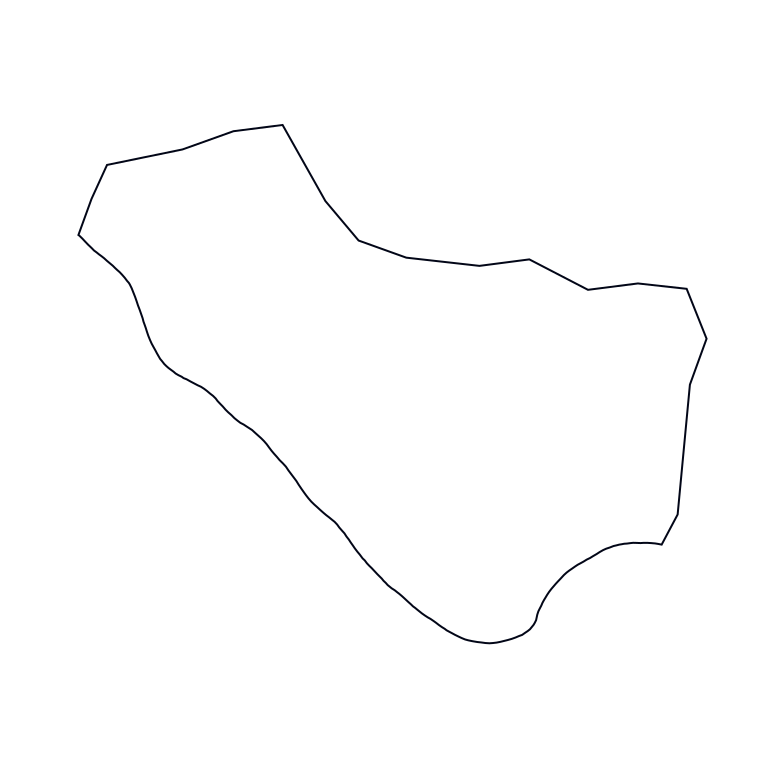 Sinuiju City, P'yŏngan-bukto, North Korea (Robinson projection), rotated 275°
{"feature_id": "82179303B65076017972610", "entity_name": "Sinuiju City", "entity_type": "district", "adm_level": 2, "iso_a3": "PRK", "parent_name": "North Korea", "parent_adm1": "P'yŏngan-bukto", "projection": "robinson", "projection_center": [124.379, 40.084], "detail": "fine", "context": "isolated", "style": "outline", "palette": "ink", "viewbox_px": 768, "rotation_deg": 275, "n_neighbors": 0, "source": "geoboundaries", "source_scale": "gbopen_adm2", "svg_char_len": 3175}
<svg xmlns="http://www.w3.org/2000/svg" viewBox="0 0 768 768"><g transform="rotate(275 384 384)"><path d="M633.2,260.4L622.7,212.0L600.1,162.8L589.1,125.9L578.1,89.0L542.9,76.5L505.8,66.6L505.2,67.6L502.6,70.8L499.8,73.9L496.9,77.2L495.9,78.5L493.8,81.1L491.7,83.5L490.0,86.3L488.3,88.8L486.8,91.3L484.9,94.2L482.6,97.2L480.5,100.2L478.2,103.5L476.1,106.0L474.3,108.3L472.4,110.9L469.9,113.7L467.2,116.5L464.4,119.0L462.5,121.0L461.0,122.1L457.4,124.3L453.2,126.4L449.0,128.5L445.0,130.3L440.8,132.1L436.5,134.2L432.5,136.0L428.5,137.8L425.1,139.0L421.9,140.5L418.8,141.9L415.6,143.2L411.5,145.0L407.4,147.1L404.0,149.0L400.4,151.4L397.6,153.3L394.8,155.1L392.2,156.9L389.5,158.8L387.4,160.9L384.9,163.2L382.9,165.6L381.2,167.9L379.6,170.5L377.9,173.3L376.3,175.5L374.9,178.4L373.6,181.8L372.4,183.8L371.5,186.9L369.6,191.1L368.1,194.7L366.5,198.5L365.3,201.9L363.5,205.3L361.6,208.3L359.4,211.4L357.3,214.7L354.9,217.6L352.5,219.7L350.1,222.4L347.7,225.2L344.6,228.4L342.2,231.3L339.8,234.6L337.0,237.9L334.7,241.3L332.8,244.3L331.4,247.7L329.5,251.2L328.5,253.1L326.7,256.5L324.1,259.9L321.7,263.1L319.3,266.3L316.7,269.4L313.8,272.4L310.7,275.1L307.7,277.8L305.1,280.4L302.2,283.5L299.0,286.7L296.3,290.0L293.1,293.5L289.5,296.4L285.7,299.8L282.6,302.6L279.8,305.1L276.2,307.8L272.5,310.8L269.3,313.5L266.3,316.1L263.4,318.8L260.5,321.8L257.8,325.1L255.5,328.2L253.4,330.9L251.3,333.7L250.2,335.2L248.3,337.9L246.4,340.9L244.2,344.1L242.4,346.8L239.9,349.6L237.1,352.0L234.3,354.9L231.8,357.6L228.8,359.9L225.9,362.6L223.2,364.7L220.5,367.0L217.8,369.2L214.7,372.0L212.0,374.7L208.4,377.9L206.6,380.2L203.9,382.6L201.6,385.2L199.5,387.8L197.6,389.9L195.8,391.9L194.0,393.9L191.9,396.4L190.0,398.7L187.9,400.7L186.0,403.1L184.0,405.2L182.6,407.3L181.1,409.5L179.5,412.6L177.5,415.6L176.5,417.2L174.6,419.9L173.1,421.9L171.0,424.6L168.9,427.3L166.9,430.0L165.0,432.3L163.7,434.5L162.1,436.8L160.3,439.5L158.7,441.9L156.9,445.0L155.3,448.0L154.1,450.7L152.3,453.9L150.7,456.6L148.7,459.7L146.8,463.0L145.4,465.8L144.1,467.8L142.8,470.8L141.7,473.4L140.3,476.6L138.8,480.5L137.7,483.5L136.6,487.0L136.0,490.3L135.5,494.5L135.1,499.4L135.0,503.4L134.8,507.6L134.9,511.6L135.4,514.8L136.2,518.7L137.3,522.5L138.3,525.4L139.7,529.5L141.2,533.4L142.9,537.1L144.7,540.5L146.1,543.5L148.4,546.2L150.4,548.7L152.4,550.8L155.2,552.7L157.1,554.0L159.2,555.0L162.0,556.1L164.4,556.4L167.6,556.8L171.0,557.6L173.8,558.7L176.9,560.0L179.7,560.9L182.7,562.2L185.1,563.4L188.2,564.9L191.3,566.6L194.6,568.7L197.1,570.5L199.9,572.5L202.5,574.5L205.5,576.9L209.4,579.9L212.1,582.4L214.3,584.8L216.6,587.6L218.8,590.2L220.8,592.7L222.5,595.3L224.5,598.3L226.7,601.2L228.6,604.4L230.7,607.2L233.1,610.6L235.3,613.4L237.6,616.7L239.3,619.7L240.8,623.2L242.6,626.8L243.5,629.6L244.5,632.4L245.1,634.8L245.8,637.2L246.2,639.9L246.9,643.0L247.5,646.0L247.7,649.3L247.9,653.4L248.4,656.7L248.7,660.3L248.8,663.8L248.8,664.6L248.8,666.6L248.8,668.0L248.6,670.8L248.2,674.6L279.6,687.9L338.9,688.3L410.0,688.8L444.9,698.1L457.2,701.4L505.2,677.2L506.3,628.2L495.6,579.0L520.8,517.9L510.0,468.8L511.8,395.2L524.7,346.2L561.1,309.7L633.2,260.4Z" fill="none" stroke="#020617" stroke-width="2"/></g></svg>